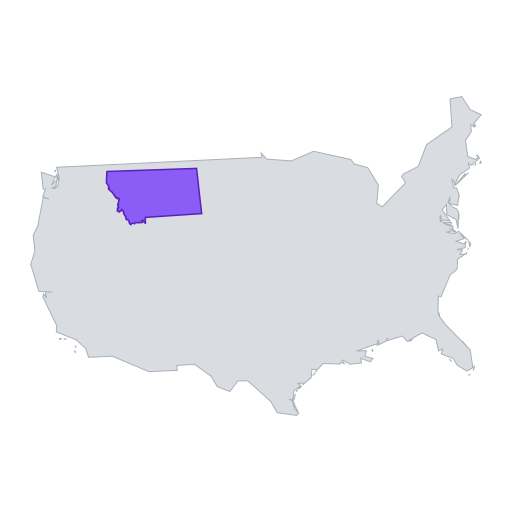 Montana highlighted on a map of United States of America
{"feature_id": "USA-3515", "entity_name": "Montana", "entity_type": "State", "adm_level": 1, "iso_a3": "USA", "parent_name": "United States of America", "parent_adm1": "", "projection": "albers", "projection_center": [-112.826, 46.685], "detail": "fine", "context": "in_parent", "style": "filled", "palette": "violet", "viewbox_px": 512, "rotation_deg": 0, "n_neighbors": 0, "source": "natural_earth", "source_scale": "10m", "svg_char_len": 7630}
<svg xmlns="http://www.w3.org/2000/svg" viewBox="0 0 512 512"><path d="M426.5,144.6L452.0,126.9L450.0,98.9L461.8,96.6L470.1,109.6L481.2,114.7L473.2,124.2L474.2,126.9L470.7,124.9L471.3,131.7L465.5,140.1L467.7,156.5L475.6,159.5L478.3,156.9L476.0,154.9L477.7,155.5L479.5,158.1L471.7,165.3L468.3,163.3L469.7,167.9L459.7,174.8L454.6,184.5L453.8,181.0L452.0,179.5L453.6,187.9L456.6,188.0L459.0,194.5L457.6,205.4L449.3,203.4L450.2,196.6L448.0,202.2L452.4,206.9L456.4,208.8L458.6,212.1L458.0,228.7L456.1,219.5L446.8,214.6L446.4,204.6L442.1,209.8L449.9,220.9L442.8,219.9L441.1,221.2L441.0,216.6L440.3,215.5L439.9,219.4L441.0,221.9L451.5,222.5L450.7,225.6L445.0,223.2L443.3,223.2L450.3,226.0L452.8,226.0L453.1,229.6L449.4,228.5L455.6,231.1L454.9,232.2L451.9,230.8L446.2,232.2L454.7,233.5L458.6,231.3L468.1,240.3L460.4,233.7L464.2,238.6L456.0,241.3L464.1,244.0L466.1,241.1L465.1,247.7L456.9,249.6L462.6,250.0L459.9,254.4L465.4,254.0L457.6,259.2L457.0,269.3L450.0,275.2L441.0,296.8L438.3,296.0L438.0,312.1L438.8,315.6L445.7,324.8L470.2,349.9L472.8,367.5L466.9,371.1L457.3,365.2L453.3,358.6L441.2,353.9L442.7,349.0L438.5,350.9L436.1,339.6L421.9,332.9L407.3,341.3L402.3,336.0L386.8,340.8L387.9,337.7L386.0,341.0L379.4,344.5L377.8,339.6L377.7,343.5L356.6,351.0L366.5,350.7L364.7,356.2L373.0,358.4L370.1,361.8L360.7,358.3L361.5,363.0L350.2,364.2L342.7,360.0L339.8,364.0L323.0,363.5L315.3,372.0L317.3,369.7L311.9,369.2L311.2,377.7L302.6,385.0L304.5,382.9L298.0,383.5L300.8,385.7L293.9,390.6L292.8,400.0L289.1,399.2L292.5,401.0L294.6,409.0L298.7,413.2L296.7,415.4L277.1,412.7L270.9,401.6L247.8,380.8L237.9,380.9L229.8,391.5L217.3,386.6L210.9,376.0L194.5,364.3L176.9,365.4L177.2,370.4L148.9,371.6L112.3,356.2L88.6,357.3L85.8,348.6L76.3,339.9L56.3,331.9L56.8,325.8L42.8,296.8L43.6,294.0L46.6,298.0L45.1,291.8L52.3,292.1L38.9,291.3L30.7,264.3L34.9,251.0L33.2,235.2L37.8,225.8L43.2,197.4L49.1,199.0L42.7,196.7L45.5,189.2L43.2,189.0L41.3,172.2L55.4,177.0L51.6,185.1L57.0,179.7L55.8,186.8L52.1,188.1L54.5,188.7L57.6,186.1L59.3,178.9L56.6,167.3L262.1,157.3L261.2,153.1L266.7,159.1L291.4,160.9L313.5,151.3L350.9,159.5L354.0,163.9L367.7,167.6L378.4,185.0L376.7,203.3L382.3,206.8L405.6,182.8L401.5,176.4L403.4,174.0L418.3,166.4L426.5,144.6ZM464.5,176.0L468.6,172.7L454.8,185.8L465.3,173.4L464.5,176.0ZM56.9,174.4L58.3,179.1L58.1,179.8L55.8,176.0L56.9,174.4ZM298.1,411.9L294.2,405.3L293.6,401.3L294.8,405.4L298.1,411.9ZM474.6,124.0L475.7,126.1L474.8,126.0L474.6,124.0ZM343.4,362.0L344.3,363.6L342.2,362.7L343.4,362.0ZM63.7,339.4L66.1,338.7L66.2,339.0L63.7,339.4ZM61.2,338.5L60.2,339.7L59.5,338.5L61.2,338.5ZM475.9,163.2L475.4,165.2L474.9,165.1L475.9,163.2ZM294.3,397.3L293.5,400.8L295.6,393.9L294.3,397.3ZM462.5,341.5L467.2,346.5L461.8,341.1L462.5,341.5ZM75.3,345.9L76.3,347.7L75.2,346.0L75.3,345.9ZM474.2,367.9L473.0,370.6L474.5,365.3L474.2,367.9ZM470.6,243.8L469.8,247.0L468.6,240.7L470.6,243.8ZM55.4,170.4L55.2,171.7L54.5,171.0L55.4,170.4ZM301.1,387.0L297.9,389.2L301.1,386.5L301.1,387.0ZM480.5,161.3L481.3,162.8L479.8,163.2L480.5,161.3ZM75.0,350.8L75.6,353.0L74.6,351.0L75.0,350.8ZM297.3,390.6L296.0,391.7L297.0,390.1L297.3,390.6ZM459.1,215.0L458.8,219.1L458.8,213.7L459.1,215.0ZM314.6,373.7L312.6,375.5L315.4,372.5L314.6,373.7ZM439.0,313.5L439.7,316.2L438.7,314.5L439.0,313.5ZM466.3,254.0L465.8,254.8L466.9,252.0L466.3,254.0ZM412.7,338.7L410.6,340.9L409.5,341.0L412.7,338.7ZM378.3,344.4L377.9,345.0L376.4,345.3L378.3,344.4ZM450.5,360.0L451.5,361.6L449.8,359.8L450.5,360.0ZM372.6,350.1L372.7,351.9L371.6,349.0L372.6,350.1ZM469.9,374.6L468.4,375.4L470.3,374.1L469.9,374.6ZM459.2,195.8L459.1,197.8L459.0,195.0L459.2,195.8ZM468.6,248.2L468.0,249.2L467.8,249.2L468.6,248.2Z" fill="#d9dde1" stroke="#a8b0b8" stroke-width="1"/><path d="M106.9,171.5L196.6,168.4L196.8,170.5L200.2,200.8L201.6,212.8L201.7,213.6L145.3,217.4L145.4,223.1L145.1,223.0L144.9,222.9L144.7,222.7L144.5,222.4L144.4,222.3L144.3,222.2L144.2,222.2L144.0,221.9L144.0,221.6L143.9,221.5L143.8,221.4L143.7,221.2L143.4,220.7L143.2,220.4L142.9,220.3L142.7,220.3L142.6,220.5L142.2,220.6L142.0,220.8L142.1,221.1L142.1,221.3L141.8,221.5L141.7,221.8L141.7,222.0L141.8,222.3L142.1,222.5L141.9,222.7L141.4,222.4L140.4,222.4L140.3,222.5L139.9,222.7L139.6,222.8L139.3,222.9L139.2,222.9L139.0,222.7L138.7,222.5L138.4,222.5L138.2,222.6L137.9,222.7L137.0,222.8L136.8,222.7L136.5,222.7L136.1,222.6L135.9,222.5L135.7,222.5L135.2,222.7L135.0,222.8L134.9,223.2L134.8,223.6L134.7,223.6L134.4,223.7L134.2,223.6L133.6,223.5L133.5,223.4L133.4,223.4L132.4,223.3L132.2,223.2L131.8,223.3L131.6,223.4L131.1,223.9L131.0,224.0L131.1,224.5L130.9,224.7L130.6,224.3L130.2,224.2L129.9,223.9L129.6,223.7L129.5,223.3L129.5,223.1L129.6,222.9L129.3,222.7L129.3,222.4L129.0,222.1L129.0,221.9L129.2,221.7L129.0,221.2L128.8,220.8L128.7,220.6L128.6,220.4L128.4,220.1L128.1,219.8L127.9,219.7L127.7,219.6L127.4,219.7L127.2,219.9L126.9,219.9L126.8,219.6L126.6,219.5L126.2,219.3L126.1,219.2L125.9,218.7L125.7,218.4L125.7,218.2L125.9,218.1L126.0,218.0L126.0,217.9L126.1,217.6L126.1,217.3L125.9,216.9L125.6,216.5L125.6,216.4L125.6,216.2L125.4,216.1L125.2,216.1L125.1,215.9L124.9,215.6L124.9,215.4L124.8,215.2L124.7,215.1L124.4,214.8L124.3,214.7L124.2,214.6L124.2,214.4L124.1,214.2L123.9,214.1L123.8,213.8L123.8,213.6L123.9,213.2L123.5,212.8L123.5,212.6L123.5,212.4L123.6,212.2L123.6,211.8L123.5,211.7L123.2,211.5L123.1,211.4L123.1,211.2L123.3,210.9L123.3,210.7L123.2,210.6L122.6,210.4L122.5,210.2L122.3,209.8L122.0,209.6L121.7,209.5L121.6,209.9L121.6,210.0L121.3,210.2L121.2,210.2L121.1,210.6L120.8,210.7L120.8,210.9L120.7,210.9L120.4,211.1L120.1,211.3L119.9,211.2L119.8,211.3L119.7,211.4L119.6,211.7L119.6,211.8L119.2,211.9L119.1,212.0L119.0,211.9L118.9,211.9L118.7,211.7L118.4,211.5L118.3,211.3L118.0,211.1L117.6,211.0L117.3,210.9L117.4,210.7L117.3,210.3L117.3,210.2L117.5,210.0L117.6,209.9L117.7,209.7L117.7,209.4L117.6,209.2L117.4,208.9L117.3,208.7L117.4,208.3L117.5,208.1L117.7,207.8L117.9,207.7L118.2,207.7L118.3,207.7L118.5,207.4L118.6,207.2L118.4,207.0L118.4,206.8L118.4,206.6L118.5,206.4L118.5,206.2L118.0,206.0L117.9,205.9L118.0,205.7L117.9,205.6L117.9,205.4L118.1,205.0L118.1,204.9L118.1,204.7L117.8,204.3L117.7,204.3L117.7,204.2L117.8,204.1L118.2,204.0L118.2,203.9L118.3,203.9L118.3,203.7L118.3,203.3L118.2,203.2L118.2,202.9L118.3,202.7L118.4,202.4L118.5,202.1L118.6,201.8L118.6,201.7L118.6,201.4L118.8,201.0L118.8,200.9L118.8,200.7L118.7,200.4L118.7,200.2L118.9,200.1L119.0,200.1L119.1,199.9L119.1,199.7L119.2,199.4L119.1,199.2L119.3,198.8L119.3,198.6L119.2,198.5L119.2,198.4L118.4,198.4L118.3,198.6L118.1,198.6L117.8,198.6L117.6,198.6L117.4,198.7L117.1,198.6L116.8,198.3L116.8,198.2L116.9,197.9L117.0,197.9L116.9,197.8L116.8,197.6L116.6,197.5L116.5,197.4L116.4,197.4L116.2,197.6L116.0,197.8L115.9,197.8L115.8,197.7L115.9,197.4L115.9,197.2L115.7,197.1L115.4,196.9L115.1,196.6L114.9,196.5L114.8,196.3L114.7,196.2L114.7,195.9L114.6,195.7L114.7,195.4L114.4,195.2L114.1,194.8L114.0,194.7L113.8,194.6L113.7,194.6L113.6,194.2L112.9,193.4L112.8,193.2L112.6,192.9L112.3,192.6L112.2,192.4L112.0,192.2L111.9,192.2L111.8,191.8L111.7,191.6L111.6,191.4L110.8,191.1L110.4,191.0L110.3,190.9L110.2,190.8L110.1,190.5L110.0,190.3L109.7,190.0L109.1,189.5L108.8,189.4L108.7,189.4L108.6,189.2L109.2,189.1L109.3,189.0L109.3,188.9L109.0,188.7L109.0,188.4L108.9,188.3L108.9,188.2L108.7,188.1L108.6,187.9L108.9,187.8L109.0,187.7L109.1,187.4L109.0,187.2L108.8,186.9L108.8,186.5L108.8,186.4L108.7,186.3L108.7,186.2L108.4,186.0L108.4,185.8L108.4,185.7L108.1,185.5L108.0,185.4L107.9,184.8L107.8,184.7L107.7,184.6L107.3,184.2L107.2,184.1L107.1,183.9L106.9,183.6L106.6,183.2L106.4,182.9L106.9,171.5Z" fill="#8b5cf6" stroke="#5b21b6" stroke-width="1.5"/></svg>